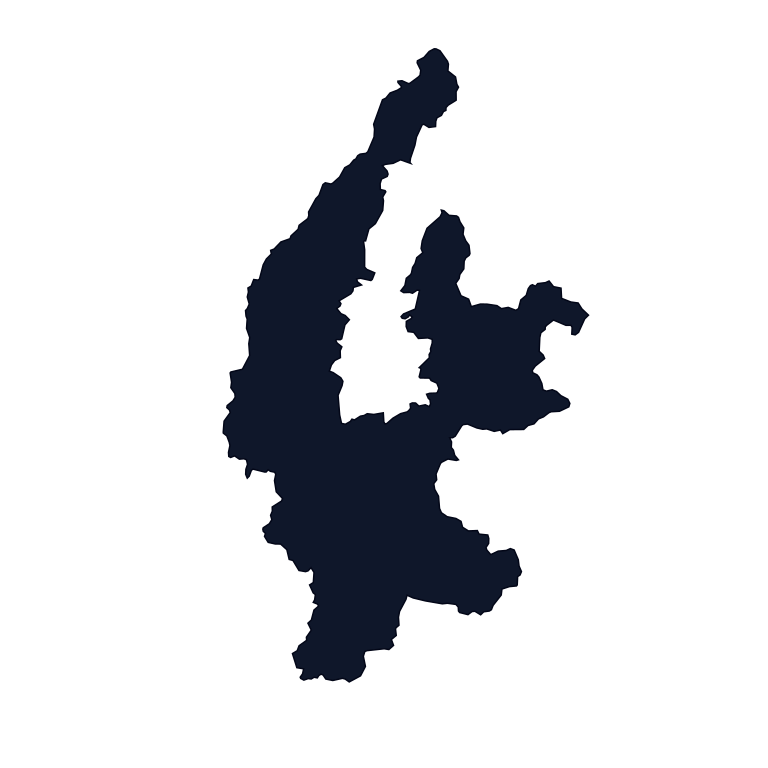 outline of Hoa An, Cao Bằng, Vietnam, rotated 235°
{"feature_id": "81297802B75378675708985", "entity_name": "Hoa An", "entity_type": "district", "adm_level": 2, "iso_a3": "VNM", "parent_name": "Vietnam", "parent_adm1": "Cao Bằng", "projection": "albers", "projection_center": [106.208, 22.687], "detail": "fine", "context": "isolated", "style": "filled", "palette": "ink", "viewbox_px": 768, "rotation_deg": 235, "n_neighbors": 0, "source": "geoboundaries", "source_scale": "gbopen_adm2", "svg_char_len": 6171}
<svg xmlns="http://www.w3.org/2000/svg" viewBox="0 0 768 768"><g transform="rotate(235 384 384)"><path d="M549.4,532.4L550.6,532.3L553.8,535.3L561.9,546.3L567.7,552.3L574.4,563.8L574.0,565.6L568.4,568.0L565.3,573.9L569.5,577.1L571.7,580.1L571.1,585.1L573.1,589.0L572.6,591.6L574.9,593.4L575.6,596.6L575.1,605.9L582.1,610.7L584.4,615.3L587.7,615.6L594.5,618.7L603.8,615.9L609.0,620.2L611.9,621.1L624.9,621.0L628.6,618.9L629.8,617.4L630.5,611.8L628.6,604.0L629.6,596.8L628.1,595.4L620.0,594.1L616.3,590.7L615.8,588.5L615.5,577.7L616.1,576.3L622.1,572.7L624.1,569.1L623.0,568.4L617.9,568.9L616.8,568.2L617.0,563.4L618.9,555.9L617.1,549.5L617.7,545.8L602.7,524.5L598.3,522.5L592.0,517.5L583.5,503.9L583.3,501.5L586.0,496.3L586.1,493.4L584.5,490.0L584.8,487.6L583.1,481.7L583.7,475.9L579.0,466.3L577.9,457.0L578.3,455.2L582.5,451.3L582.4,448.4L575.8,438.9L574.9,434.5L568.2,420.9L565.1,419.0L563.2,416.5L562.7,405.5L560.0,402.4L558.7,392.8L556.9,390.4L559.5,381.0L557.6,371.4L558.5,367.8L555.1,366.3L553.9,359.4L550.9,353.4L541.4,342.2L541.4,340.4L544.3,337.2L540.4,331.4L540.7,327.6L537.1,325.7L533.7,321.9L526.8,319.5L524.2,315.3L523.6,312.7L518.7,309.9L515.7,309.2L508.4,303.3L499.1,300.7L494.6,296.4L484.4,290.3L477.3,276.5L481.7,265.4L481.3,264.3L472.8,260.1L468.8,256.4L461.8,256.4L458.5,254.5L456.8,250.5L456.3,243.2L454.8,241.7L451.4,242.5L448.8,241.7L445.3,231.7L436.8,224.7L435.9,224.2L431.6,225.5L425.0,223.8L422.0,222.5L417.2,217.4L413.7,215.3L411.8,216.2L410.8,220.4L405.4,222.4L403.1,226.4L400.8,227.9L396.4,226.1L393.4,222.0L389.4,218.9L385.3,218.0L385.8,220.7L389.4,225.9L389.4,227.9L380.3,235.8L379.5,237.0L380.2,239.9L377.7,240.8L374.4,243.9L372.1,243.5L367.7,238.9L357.5,233.9L348.4,235.2L346.9,233.0L347.4,221.9L343.9,219.6L341.5,215.8L337.2,214.3L335.3,209.9L335.5,202.6L334.6,201.5L332.6,200.6L329.6,201.2L327.7,198.7L320.7,198.3L315.4,203.1L312.2,207.5L304.0,209.4L294.7,205.7L291.7,208.2L280.0,207.4L275.3,212.1L274.5,214.6L275.4,218.9L269.8,218.6L261.9,212.2L262.1,207.8L253.5,206.2L250.9,207.0L247.0,203.4L245.7,200.8L241.8,203.3L239.6,203.0L239.0,197.0L232.3,189.1L231.7,184.5L224.1,183.3L221.1,175.2L218.4,173.6L218.3,164.3L215.3,159.9L215.7,154.4L201.6,149.9L196.8,154.8L193.3,151.1L191.9,147.2L190.6,146.9L187.4,148.5L186.2,152.9L184.1,155.2L183.9,158.5L181.5,160.8L182.6,163.5L182.4,166.1L180.5,167.2L175.7,167.1L170.5,172.0L166.7,181.2L164.5,183.0L159.9,184.6L158.4,197.4L163.3,206.8L172.8,210.9L175.9,214.9L175.3,217.2L167.0,232.3L163.7,235.7L164.4,241.9L170.5,243.5L171.0,249.8L176.5,252.8L177.4,253.9L177.8,257.9L184.7,262.1L188.8,266.3L195.0,278.5L197.8,281.7L192.0,285.2L182.6,293.5L170.5,305.7L168.0,310.2L162.2,316.5L158.7,316.9L155.3,314.8L153.4,314.9L146.9,320.5L147.1,325.6L145.7,328.1L139.5,330.8L140.2,335.0L137.6,340.1L137.5,342.5L140.1,346.4L143.9,359.0L148.4,363.0L146.1,370.5L142.6,376.7L143.0,377.9L149.6,383.0L149.5,385.9L151.5,389.0L157.4,390.2L163.0,393.2L173.4,395.4L176.7,393.1L177.5,388.7L181.6,381.7L183.0,373.6L188.9,373.0L191.5,373.7L193.4,378.3L197.3,381.2L200.8,382.4L206.5,375.8L210.4,376.4L215.2,368.9L221.6,366.2L227.3,368.3L232.6,365.8L239.1,359.6L245.6,357.2L250.2,358.1L260.8,364.3L268.6,365.1L273.8,367.6L275.3,372.2L280.4,375.0L286.6,384.8L286.8,386.6L285.9,393.3L279.9,399.4L279.2,401.5L285.0,401.0L290.0,402.9L293.4,402.7L297.8,406.1L302.3,406.9L300.6,409.5L300.4,412.4L305.2,423.8L305.3,425.6L303.3,429.4L294.8,434.8L290.3,438.9L288.3,442.4L282.0,447.1L279.5,453.0L275.2,452.8L274.5,460.9L266.6,472.4L267.4,478.2L265.3,484.0L266.8,490.5L265.6,495.8L265.9,502.7L265.4,505.0L261.0,512.1L259.3,522.3L261.5,525.1L266.1,525.8L273.0,522.2L278.9,521.0L282.8,518.5L285.0,512.9L288.1,510.9L293.9,513.6L300.9,514.9L303.8,514.6L307.9,512.3L310.2,513.4L311.9,518.2L312.7,530.2L316.4,531.0L321.8,529.9L332.7,538.3L336.0,541.9L336.3,547.3L338.3,548.9L338.8,551.2L339.2,559.5L327.7,566.7L324.9,570.8L322.5,570.6L317.1,566.4L314.6,568.8L314.7,573.0L322.2,585.7L323.1,591.0L332.0,589.2L339.0,589.5L344.0,584.1L352.3,578.6L361.0,584.0L366.5,578.7L373.7,578.3L374.4,574.4L378.1,567.5L377.2,564.2L380.2,562.5L380.6,560.4L379.4,556.9L375.0,551.3L374.4,544.3L368.6,537.5L368.7,534.3L375.5,529.7L378.4,523.4L383.4,521.5L390.3,514.2L394.2,508.8L397.3,499.9L405.0,502.0L412.1,497.7L425.3,500.5L427.3,506.0L430.2,508.9L432.5,515.4L438.6,520.1L440.4,523.3L440.6,527.7L441.5,529.2L448.9,533.2L454.4,533.1L461.3,534.6L466.1,538.9L473.3,539.3L477.8,540.6L480.0,539.9L484.9,534.0L491.5,532.5L493.6,530.7L491.0,529.8L488.8,525.9L486.9,508.6L479.4,497.5L473.7,492.1L469.3,491.1L468.7,483.3L464.9,478.6L463.1,474.3L459.2,470.2L458.3,468.5L457.8,462.9L452.7,457.6L450.7,451.2L447.6,452.5L444.3,457.6L442.0,459.4L441.9,464.9L440.3,466.8L427.5,452.6L430.2,440.2L429.4,436.6L427.4,436.6L425.3,438.7L425.0,442.6L426.0,444.6L422.6,445.5L422.0,443.5L422.5,438.2L418.3,435.1L413.1,433.8L409.3,438.0L401.6,438.3L396.6,446.4L392.9,449.1L389.9,447.0L386.0,442.1L383.8,441.1L382.3,437.9L379.5,436.2L377.2,422.2L375.9,423.0L374.6,422.5L369.7,416.9L368.2,417.1L362.7,424.7L359.8,424.6L354.4,427.8L348.9,426.5L346.5,422.9L346.5,421.7L350.2,416.1L351.2,413.0L346.7,412.1L344.7,412.6L341.0,410.7L339.5,408.1L343.3,405.9L345.9,399.9L350.3,399.0L352.3,396.3L352.7,393.9L348.9,391.9L348.0,388.9L347.9,386.9L350.2,380.6L350.9,371.7L350.0,363.8L350.7,361.9L353.0,362.1L360.8,366.9L364.9,358.2L369.3,353.2L369.6,349.7L371.2,346.2L371.5,339.2L373.6,337.6L372.6,334.9L373.2,329.3L376.1,326.6L384.0,329.9L401.1,339.9L406.7,348.7L409.8,351.9L413.9,352.2L422.5,348.9L425.9,346.6L429.8,351.9L431.5,357.1L430.6,363.4L436.4,367.2L438.6,370.8L444.4,369.1L447.4,369.4L447.5,370.8L445.4,373.5L445.3,375.3L454.8,385.9L456.5,392.5L462.4,391.5L466.3,389.1L473.0,388.6L473.1,392.7L474.5,394.8L477.9,394.9L476.9,408.6L478.1,412.0L480.7,414.3L478.0,422.4L482.9,420.9L485.8,421.8L484.1,425.4L476.3,432.6L476.4,434.3L480.3,440.2L487.8,435.6L490.9,435.2L505.1,445.2L512.3,448.9L512.6,450.3L511.8,451.0L519.7,460.6L520.3,468.9L526.9,482.5L534.4,488.7L537.9,490.2L540.4,495.7L541.8,495.8L545.4,492.6L550.3,495.7L553.3,499.5L552.2,505.7L553.6,507.7L556.7,508.7L563.8,507.9L563.1,511.2L559.5,518.1L558.2,526.1L549.4,532.4Z" fill="#0f172a" stroke="#020617" stroke-width="1.5"/></g></svg>